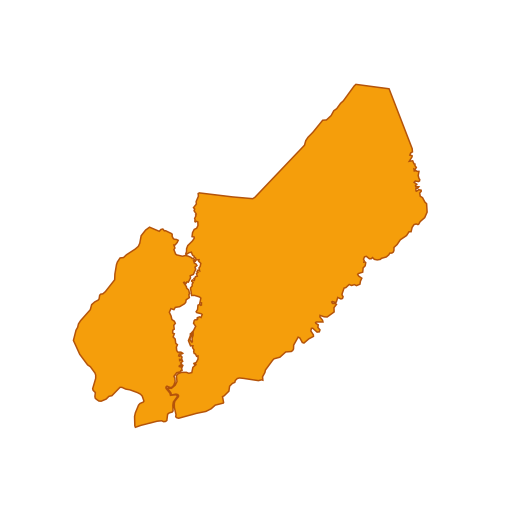 the district of Lívingston, Izabal, Guatemala, rotated 132°
{"feature_id": "79465075B12175852129517", "entity_name": "Lívingston", "entity_type": "district", "adm_level": 2, "iso_a3": "GTM", "parent_name": "Guatemala", "parent_adm1": "Izabal", "projection": "orthographic", "projection_center": [-89.005, 15.735], "detail": "fine", "context": "isolated", "style": "filled", "palette": "amber", "viewbox_px": 512, "rotation_deg": 132, "n_neighbors": 0, "source": "geoboundaries", "source_scale": "gbopen_adm2", "svg_char_len": 6129}
<svg xmlns="http://www.w3.org/2000/svg" viewBox="0 0 512 512"><g transform="rotate(132 256 256)"><path d="M42.7,269.0L61.6,296.6L64.0,296.8L82.3,294.9L85.9,295.3L92.5,294.6L96.0,295.4L101.4,294.1L107.8,294.7L110.5,297.3L126.0,296.5L133.0,296.8L137.0,296.2L141.2,294.1L213.2,296.1L215.6,296.8L227.8,313.0L247.0,340.3L248.3,340.8L250.1,338.8L255.6,336.9L257.3,335.1L261.9,334.8L262.1,333.0L263.8,332.3L264.8,328.4L265.9,328.4L266.3,327.5L269.2,326.7L269.7,325.7L271.2,324.6L271.3,323.9L270.1,323.5L269.6,322.0L272.2,319.5L275.1,318.7L277.6,319.7L281.1,318.8L284.4,316.5L283.3,314.7L284.0,313.8L287.4,313.3L293.9,313.7L297.0,312.5L299.2,310.6L301.5,309.6L301.7,308.8L298.5,308.1L296.4,306.6L297.8,303.8L297.6,301.8L298.3,300.8L297.9,299.7L298.8,297.7L296.9,295.9L298.2,295.2L298.4,292.1L301.1,290.5L303.0,290.4L304.8,287.9L305.4,289.7L306.1,289.7L307.2,289.3L307.2,288.2L308.9,288.5L310.3,286.1L311.8,287.2L313.0,286.6L314.2,287.1L314.7,285.7L315.6,285.5L316.3,287.2L317.3,287.3L317.8,286.9L317.8,285.0L319.7,284.6L320.9,283.4L323.6,283.3L328.4,277.4L326.4,275.3L324.2,270.5L324.2,268.8L328.5,266.3L327.3,265.2L329.0,263.7L329.7,264.1L329.6,265.5L331.4,266.2L334.9,263.6L337.5,263.2L337.7,262.1L335.5,258.0L335.5,256.8L338.5,255.7L338.9,257.1L341.0,258.3L341.6,258.2L341.7,257.2L342.9,257.2L344.2,258.6L345.3,258.7L347.8,257.4L348.6,253.8L354.0,252.3L357.0,249.7L360.0,248.4L362.2,246.0L363.0,245.9L363.0,246.4L362.5,248.9L361.1,250.0L357.6,250.8L355.4,252.5L356.7,252.5L358.2,251.2L357.2,253.1L359.3,251.4L364.1,249.6L366.6,244.5L364.9,242.8L366.6,241.8L367.3,239.2L368.7,238.4L369.8,236.7L369.3,235.5L370.3,233.0L369.1,232.3L371.4,230.1L375.1,229.2L377.4,230.3L377.8,229.3L376.7,228.5L376.9,227.9L381.0,228.4L385.6,225.7L388.1,227.4L389.1,230.0L392.6,233.7L395.6,235.1L398.2,235.1L402.2,230.7L406.1,229.6L411.0,230.3L413.5,233.5L414.6,227.8L415.8,225.8L412.2,223.1L411.3,221.4L411.6,220.1L412.4,219.5L418.1,219.2L420.2,218.1L423.2,215.3L427.4,209.3L429.2,208.1L429.2,206.6L428.3,204.9L412.7,194.9L405.0,189.2L399.5,187.1L394.1,186.5L387.2,181.9L386.6,182.0L382.9,186.8L381.1,186.1L374.6,185.7L370.4,188.5L366.5,188.3L364.1,187.2L362.3,188.1L359.5,187.9L357.7,186.7L355.3,183.4L347.0,170.8L344.3,169.0L343.7,167.8L341.4,170.3L336.7,171.4L334.4,172.7L322.3,173.9L320.3,173.8L315.2,170.5L307.4,169.7L303.4,165.9L301.7,165.5L300.0,165.9L297.0,168.4L288.1,170.4L287.6,168.5L289.3,163.7L288.6,162.1L282.2,161.3L277.3,159.5L276.2,160.6L275.0,165.1L272.7,166.4L271.7,165.5L271.7,159.7L270.0,158.2L268.1,159.0L267.7,162.2L265.5,163.7L266.0,166.4L265.6,167.2L264.7,167.0L260.2,162.1L259.2,163.6L258.5,167.8L257.3,168.7L255.6,164.7L253.7,162.3L245.3,160.5L242.2,163.5L238.1,163.8L238.1,165.2L240.1,167.4L239.5,169.0L238.7,168.8L237.5,166.2L236.5,165.5L232.1,167.5L231.1,164.1L229.7,163.3L228.0,164.0L227.3,166.1L226.3,166.8L220.9,169.1L219.4,168.1L214.8,167.7L214.0,165.3L211.4,163.7L210.8,161.5L207.4,159.9L204.7,161.6L201.7,162.5L202.2,166.3L201.7,168.1L200.6,168.2L196.6,165.9L193.2,168.4L190.2,168.3L187.5,170.0L187.4,170.8L188.4,171.7L187.1,172.4L186.4,174.0L184.0,174.8L182.4,173.8L182.2,169.9L180.9,168.5L179.2,168.4L179.3,165.8L177.8,163.3L175.3,161.3L173.8,161.2L169.5,158.5L166.2,158.1L164.4,158.5L162.9,157.0L161.2,156.6L159.6,157.2L157.3,159.2L153.1,158.8L147.4,159.6L140.1,157.8L135.6,158.5L134.2,157.0L130.3,159.1L126.9,159.6L125.0,158.4L124.3,156.7L123.5,156.4L120.6,157.0L114.6,156.3L108.9,158.2L103.0,164.2L102.9,166.7L101.2,171.3L101.7,173.9L99.7,176.5L97.4,176.5L96.6,177.3L97.8,179.4L100.4,180.0L100.6,180.7L98.7,182.5L97.4,181.2L95.6,181.3L97.5,183.9L96.8,184.7L95.1,184.5L95.5,187.8L93.7,187.8L91.9,185.0L90.8,184.7L89.6,185.5L89.4,186.7L87.7,189.3L84.1,191.5L85.4,193.1L85.5,194.2L86.9,195.3L85.7,196.8L85.4,195.7L82.9,196.1L82.5,198.3L81.3,199.4L81.8,200.3L80.4,203.3L83.1,205.5L77.8,206.4L77.0,207.2L78.1,209.2L75.9,210.0L73.9,209.4L71.7,211.8L42.7,269.0ZM464.0,231.0L458.7,228.1L444.9,218.9L441.6,215.9L440.9,213.7L439.5,212.5L437.9,212.2L432.7,215.8L430.7,215.5L427.9,213.8L426.6,214.0L422.6,217.9L419.8,219.7L412.5,220.5L412.7,222.7L416.8,226.3L415.5,228.2L414.6,234.2L413.8,235.2L412.3,235.1L411.1,231.6L409.3,230.5L406.8,230.7L403.4,232.1L401.1,234.6L400.3,236.5L395.8,236.9L392.7,234.7L391.5,235.2L390.5,234.4L389.1,236.2L386.4,237.1L387.3,238.2L388.6,237.2L389.5,239.1L388.9,239.5L386.1,238.7L385.9,240.4L383.3,240.0L382.8,241.3L384.9,242.7L384.0,243.6L383.3,242.5L382.2,242.1L381.6,243.0L380.6,243.3L380.3,245.4L381.7,245.6L382.0,246.6L380.2,247.4L378.5,245.6L377.3,245.3L377.7,247.5L379.7,249.6L379.3,251.7L377.0,254.2L374.5,255.0L374.6,257.2L371.8,260.5L371.6,263.4L368.4,264.7L369.0,266.4L366.9,268.2L365.1,267.8L362.6,270.7L360.0,270.9L359.1,273.1L359.5,276.0L357.4,279.0L355.8,282.8L352.0,284.0L350.8,281.1L348.2,281.6L344.7,278.8L339.5,277.2L337.6,277.2L335.2,278.6L331.5,277.7L329.6,280.1L328.5,280.1L326.3,283.3L326.3,286.0L325.3,287.3L324.2,292.0L323.5,291.9L323.3,289.6L321.4,290.0L320.7,288.8L316.1,290.0L314.7,291.7L311.6,290.2L306.1,292.0L305.1,293.9L302.6,293.5L302.1,295.3L302.6,296.9L301.4,299.0L300.6,297.5L300.0,297.7L299.8,301.2L300.6,301.7L300.5,303.4L301.6,306.6L302.8,308.7L305.4,310.5L308.2,315.6L308.3,317.1L306.2,321.3L304.3,321.6L302.8,324.4L301.9,323.5L298.7,323.6L296.4,324.3L297.0,326.3L298.3,328.0L298.3,329.4L297.5,331.4L295.9,332.9L295.9,333.9L297.7,340.1L298.6,341.0L298.3,343.3L299.9,344.4L302.4,344.4L305.8,354.4L310.6,355.4L317.8,354.9L324.3,350.9L327.6,349.9L331.7,350.4L341.8,353.1L345.8,353.4L348.4,355.7L353.2,355.0L355.8,353.9L363.8,348.8L368.3,345.1L383.2,344.1L386.6,344.5L388.3,345.9L389.8,345.9L392.9,343.9L394.4,343.8L398.0,345.1L402.1,345.6L406.8,343.2L421.4,343.1L425.2,342.5L428.4,340.8L431.6,340.1L440.9,335.2L447.0,321.2L449.6,308.3L449.1,305.0L450.7,297.4L451.8,295.4L454.3,293.2L463.9,288.6L464.8,287.2L465.0,284.0L468.1,281.8L469.2,280.4L469.3,278.8L468.9,275.7L467.5,273.9L462.6,271.6L458.7,271.4L456.2,269.6L444.6,269.2L443.3,267.7L442.1,263.8L439.8,260.1L436.8,252.6L436.0,249.4L436.2,246.9L438.8,242.2L439.9,242.0L443.2,243.5L445.4,243.5L453.3,240.7L456.6,238.8L463.3,232.4L464.0,231.0Z" fill="#f59e0b" stroke="#b45309" stroke-width="1.5"/></g></svg>